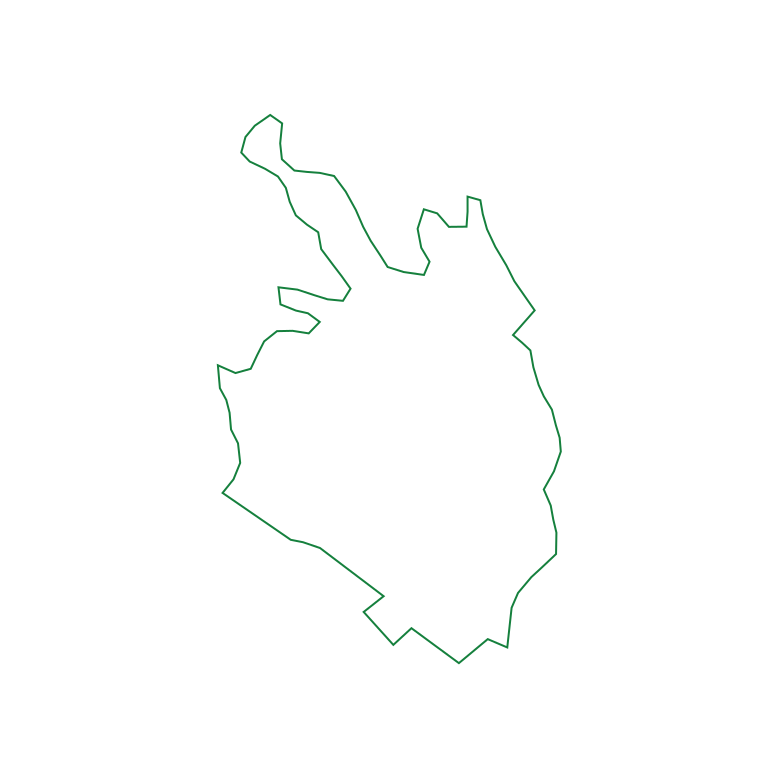 Barra Funda, Rio Grande do Sul, Brazil (Natural Earth projection), rotated 49°
{"feature_id": "56859067B80919808552891", "entity_name": "Barra Funda", "entity_type": "district", "adm_level": 2, "iso_a3": "BRA", "parent_name": "Brazil", "parent_adm1": "Rio Grande do Sul", "projection": "natural_earth1", "projection_center": [-53.035, -27.919], "detail": "fine", "context": "isolated", "style": "outline", "palette": "green", "viewbox_px": 768, "rotation_deg": 49, "n_neighbors": 0, "source": "geoboundaries", "source_scale": "gbopen_adm2", "svg_char_len": 1413}
<svg xmlns="http://www.w3.org/2000/svg" viewBox="0 0 768 768"><g transform="rotate(49 384 384)"><path d="M587.0,548.1L586.3,523.5L643.8,510.6L644.6,473.1L663.7,463.8L652.6,451.8L636.6,434.5L629.6,419.9L626.4,399.4L626.0,385.0L625.2,365.7L609.3,351.4L597.4,345.2L585.1,337.9L568.4,332.6L561.4,313.0L551.0,294.9L539.8,286.7L528.0,281.4L513.5,274.1L498.2,271.5L486.1,267.9L469.4,260.3L454.7,251.5L443.3,252.7L431.7,254.5L427.3,222.0L392.0,218.2L374.6,213.8L353.5,210.0L334.7,204.7L320.6,198.0L308.5,190.7L297.4,198.0L308.8,207.9L319.4,218.5L308.0,231.9L290.1,231.9L278.3,239.3L288.9,256.8L305.6,266.5L321.6,269.4L327.9,282.3L312.4,295.7L298.1,304.5L285.1,302.5L267.2,300.1L251.7,296.6L234.2,291.1L213.7,286.7L194.3,285.2L182.5,294.0L173.3,303.1L164.1,311.6L147.4,313.6L134.3,304.5L120.5,289.9L106.3,293.4L104.3,312.1L106.7,326.5L115.7,339.9L128.0,339.4L143.5,332.6L157.8,327.9L171.6,329.4L184.6,335.6L198.9,339.9L213.2,337.6L226.3,334.1L241.0,342.9L260.4,344.3L274.7,345.2L290.1,346.7L294.3,360.4L283.1,371.0L271.3,378.3L256.0,387.4L241.8,400.2L256.0,409.9L270.8,402.3L280.7,395.0L295.0,391.8L296.4,407.6L283.9,418.1L273.9,430.1L273.2,446.5L279.0,460.8L285.1,474.6L278.3,488.9L260.9,497.1L279.5,510.6L292.6,513.5L304.4,519.4L318.0,529.3L333.0,533.1L349.2,544.3L357.2,560.1L360.3,577.3L440.4,556.6L450.3,548.9L465.8,539.9L543.9,523.5L542.7,548.9L587.0,548.1Z" fill="none" stroke="#15803d" stroke-width="2"/></g></svg>